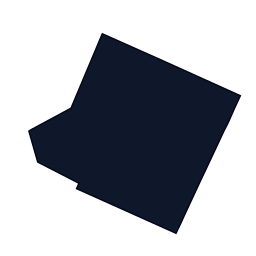 the district of Lawrence, Pennsylvania, United States of America, rotated 205°
{"feature_id": "52423323B652834894573", "entity_name": "Lawrence", "entity_type": "district", "adm_level": 2, "iso_a3": "USA", "parent_name": "United States of America", "parent_adm1": "Pennsylvania", "projection": "orthographic", "projection_center": [-80.414, 40.99], "detail": "fine", "context": "isolated", "style": "filled", "palette": "ink", "viewbox_px": 256, "rotation_deg": 205, "n_neighbors": 0, "source": "geoboundaries", "source_scale": "gbopen_adm2", "svg_char_len": 516}
<svg xmlns="http://www.w3.org/2000/svg" viewBox="0 0 256 256"><g transform="rotate(205 128 128)"><path d="M216.5,83.3L195.4,59.0L149.1,57.2L149.0,51.3L96.2,52.1L40.0,52.9L40.0,58.0L39.9,63.8L39.9,66.4L40.0,72.0L40.0,76.8L40.0,80.7L40.0,82.4L40.0,82.9L40.0,88.1L40.0,113.7L39.9,124.8L39.9,129.3L39.8,166.1L39.5,174.0L39.5,176.4L39.5,177.3L39.5,177.6L39.5,177.8L39.8,190.2L39.8,204.7L122.2,203.7L191.1,202.5L190.4,184.9L188.0,121.9L214.9,85.8L216.5,83.3Z" fill="#0f172a" stroke="#020617" stroke-width="1.5"/></g></svg>